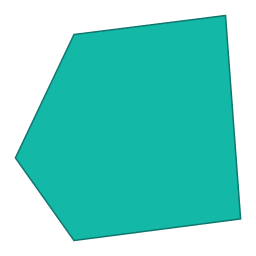 Vatican, Mercator projection
{"feature_id": "VAT", "entity_name": "Vatican", "entity_type": "country or territory", "adm_level": 0, "iso_a3": "VAT", "parent_name": "Europe", "parent_adm1": "", "projection": "mercator", "projection_center": [12.434, 41.902], "detail": "fine", "context": "isolated", "style": "filled", "palette": "teal", "viewbox_px": 256, "rotation_deg": 0, "n_neighbors": 0, "source": "natural_earth", "source_scale": "50m", "svg_char_len": 199}
<svg xmlns="http://www.w3.org/2000/svg" viewBox="0 0 256 256"><path d="M240.6,218.9L74.0,240.5L15.4,157.9L74.0,34.5L225.5,15.5L240.6,218.9Z" fill="#14b8a6" stroke="#0f766e" stroke-width="1.5"/></svg>